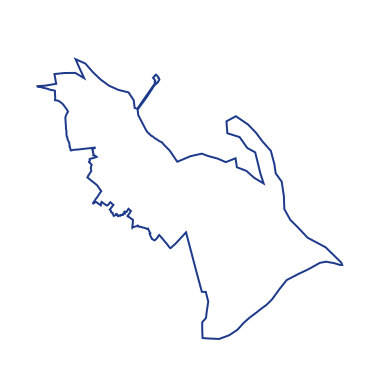 outline of Toliary-I, Atsimo-Andrefana, Madagascar, rotated 171°
{"feature_id": "10022922B36331574429859", "entity_name": "Toliary-I", "entity_type": "district", "adm_level": 2, "iso_a3": "MDG", "parent_name": "Madagascar", "parent_adm1": "Atsimo-Andrefana", "projection": "mercator", "projection_center": [43.678, -23.343], "detail": "fine", "context": "isolated", "style": "outline", "palette": "blue", "viewbox_px": 384, "rotation_deg": 171, "n_neighbors": 0, "source": "geoboundaries", "source_scale": "gbopen_adm2", "svg_char_len": 4987}
<svg xmlns="http://www.w3.org/2000/svg" viewBox="0 0 384 384"><g transform="rotate(171 192 192)"><path d="M328.9,320.8L327.2,319.8L325.3,319.4L323.1,318.4L321.4,317.7L319.7,317.0L318.1,316.3L316.9,315.6L315.7,315.0L314.1,314.5L312.8,314.0L311.6,313.5L311.7,312.4L311.9,311.1L312.0,310.1L312.1,309.3L312.1,308.5L312.2,307.8L312.3,307.0L312.5,306.1L312.7,305.0L313.0,304.1L311.6,303.8L310.2,303.2L308.6,302.1L307.9,301.3L307.1,300.5L306.2,299.5L305.3,298.2L304.7,296.8L304.1,295.9L303.7,294.9L303.2,294.2L302.7,293.1L302.3,291.8L301.9,290.6L302.5,290.1L303.3,289.1L303.9,288.1L304.6,287.1L305.1,286.2L305.4,285.1L305.6,284.3L305.6,284.2L305.7,283.3L305.7,282.5L305.8,281.2L306.0,280.2L306.1,279.0L306.1,277.8L306.2,276.8L306.4,275.9L306.5,275.0L306.6,274.3L306.6,274.0L306.5,273.2L306.5,272.6L306.5,271.6L306.6,270.8L306.9,269.9L306.9,268.9L306.9,268.2L307.1,267.1L307.0,266.3L306.6,265.7L306.7,264.7L306.6,264.1L306.6,263.1L306.2,262.2L305.9,260.8L305.6,259.6L305.6,258.4L305.7,257.4L305.5,256.4L305.9,256.0L305.4,254.7L305.3,252.1L304.4,251.9L303.6,252.1L301.9,252.2L300.1,251.9L298.7,251.9L297.1,251.7L295.5,251.7L280.2,251.0L281.5,250.6L282.4,250.3L282.7,250.0L283.3,249.8L283.8,249.6L283.9,248.7L283.6,248.3L283.3,247.6L283.4,247.0L283.6,246.6L283.6,246.0L283.3,245.4L283.5,244.5L283.8,243.8L283.2,243.6L282.3,243.2L280.7,241.6L281.4,241.4L282.4,241.3L283.4,241.1L284.5,240.9L286.3,240.9L288.0,240.5L288.0,239.9L288.0,238.8L288.9,238.1L289.1,237.8L286.8,234.7L288.2,231.9L288.2,228.4L289.1,227.5L290.0,226.5L290.7,225.6L292.0,224.3L292.7,223.0L293.0,222.8L291.7,221.2L285.0,213.9L284.7,213.5L284.3,212.8L283.8,211.7L283.6,211.3L282.8,209.6L282.1,208.2L281.5,207.0L282.6,205.9L284.2,204.2L286.7,201.4L288.0,200.3L289.4,198.7L291.5,196.5L291.3,196.1L290.8,196.3L290.1,196.6L288.8,197.2L288.2,197.1L287.3,196.2L286.7,195.5L286.1,195.0L285.2,194.2L284.5,193.3L284.2,193.1L283.9,193.9L283.1,195.9L282.9,196.3L282.2,195.8L281.8,195.3L279.5,193.0L278.3,192.0L277.9,192.2L277.5,192.2L277.0,192.4L276.1,193.0L275.6,193.5L274.9,194.2L274.2,194.7L271.8,191.6L271.7,191.5L275.2,188.2L276.0,187.4L275.7,187.0L275.4,186.6L274.9,185.9L275.1,184.8L275.0,184.6L274.3,184.2L273.7,183.8L273.7,183.3L273.8,182.9L273.4,182.5L273.4,182.1L273.1,180.7L272.4,180.9L271.7,180.9L270.7,181.8L270.5,181.5L270.1,181.1L269.8,181.6L269.5,181.1L269.4,180.9L269.2,181.2L268.9,180.7L268.7,180.1L268.6,179.7L268.0,179.9L267.6,179.9L267.3,180.1L266.5,180.4L266.4,179.9L265.8,180.3L265.5,180.2L265.1,180.3L263.7,180.1L263.5,180.3L263.3,181.4L261.6,181.2L262.0,183.0L261.6,183.2L261.4,183.1L260.2,182.6L259.8,182.6L258.6,184.0L258.3,184.3L257.3,185.3L256.9,184.8L256.4,184.1L255.7,183.2L255.3,182.8L256.1,181.9L256.6,181.2L258.2,179.5L259.5,178.3L259.3,178.0L258.8,177.5L258.6,177.6L257.5,176.5L255.7,174.6L255.3,174.2L254.7,173.9L254.7,173.5L255.3,170.6L256.4,167.0L256.5,166.3L256.5,166.0L256.1,166.3L255.6,166.5L254.3,166.7L253.7,166.7L252.4,166.8L251.7,167.0L251.0,167.4L250.5,167.2L250.3,166.3L249.3,165.8L248.6,165.9L246.4,164.7L244.7,164.1L244.0,163.8L243.2,163.3L242.6,162.7L242.3,162.5L241.8,162.7L241.1,162.7L240.9,161.8L240.6,160.7L240.3,159.9L240.1,159.0L239.6,157.8L240.4,157.4L240.0,155.8L239.5,153.7L239.0,152.8L238.9,151.9L237.9,151.1L237.0,150.4L236.4,150.1L235.1,150.9L233.7,151.9L232.0,153.9L231.1,154.6L229.9,152.8L227.8,149.4L226.2,146.6L225.0,144.9L224.2,143.2L222.7,140.5L222.0,139.9L216.1,143.7L204.2,153.1L200.0,111.5L197.9,91.9L194.0,91.1L193.1,81.1L195.9,72.4L197.9,65.4L202.3,61.7L203.6,53.3L204.4,46.1L199.4,44.9L188.2,42.6L177.7,44.7L168.7,48.8L161.8,54.4L155.0,58.8L146.8,63.1L141.0,66.4L136.5,68.6L130.0,73.2L121.1,82.1L112.3,90.2L109.0,91.3L100.3,94.2L89.2,97.5L76.8,102.0L70.5,102.2L62.5,99.4L57.5,96.9L55.1,96.5L55.6,98.9L68.6,116.4L76.9,122.7L84.9,128.7L92.7,140.1L99.3,149.2L103.5,160.7L101.9,173.6L101.8,188.2L106.4,197.3L106.3,206.8L107.7,220.3L114.6,231.1L119.4,240.3L125.9,249.7L136.8,260.0L146.9,256.4L147.9,244.5L136.4,238.8L130.5,226.8L123.4,221.3L122.5,211.2L121.6,199.8L119.9,189.2L128.3,196.2L134.9,204.3L143.8,209.4L143.7,218.5L153.9,216.2L161.5,221.0L170.4,225.0L176.3,228.3L180.2,228.1L187.9,227.6L196.8,225.4L201.8,224.2L202.8,226.3L207.0,235.3L208.0,237.1L209.2,238.7L210.6,240.7L212.4,243.1L213.9,245.8L216.5,247.5L218.4,249.4L220.3,250.9L221.8,252.7L223.5,254.0L224.9,255.9L226.0,257.2L226.6,258.0L227.7,260.3L233.1,276.5L232.8,281.9L221.6,293.1L212.1,303.6L211.8,303.5L210.0,305.2L209.7,304.9L209.1,305.5L209.0,305.4L208.8,305.5L208.3,306.1L207.8,306.7L206.6,308.2L207.3,309.7L207.0,310.0L208.3,312.4L209.2,313.5L210.5,312.8L210.5,312.4L212.6,311.0L210.9,307.8L211.7,306.7L211.1,305.6L233.1,282.7L233.3,282.9L233.6,283.0L234.0,283.2L234.6,283.5L234.9,283.7L235.1,283.8L235.5,284.0L235.2,291.7L239.1,300.3L248.8,304.4L253.5,307.5L257.1,309.8L264.7,317.4L269.8,324.1L271.0,325.7L274.2,330.7L277.3,335.6L286.2,341.4L283.6,331.4L280.7,321.3L288.7,327.9L299.6,329.5L309.4,330.0L309.2,320.1L319.9,320.0L328.9,320.8Z" fill="none" stroke="#1e3a8a" stroke-width="2"/></g></svg>